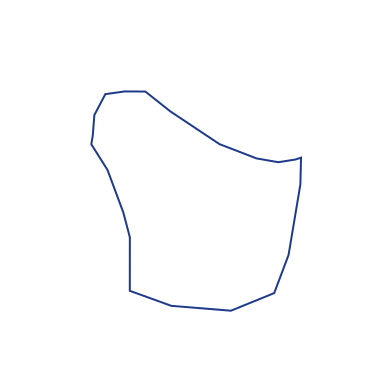 the district of Unjong Dist., P'yŏngan-namdo, North Korea, rotated 144°
{"feature_id": "82179303B85891331606678", "entity_name": "Unjong Dist.", "entity_type": "district", "adm_level": 2, "iso_a3": "PRK", "parent_name": "North Korea", "parent_adm1": "P'yŏngan-namdo", "projection": "orthographic", "projection_center": [125.854, 39.212], "detail": "fine", "context": "isolated", "style": "outline", "palette": "blue", "viewbox_px": 384, "rotation_deg": 144, "n_neighbors": 0, "source": "geoboundaries", "source_scale": "gbopen_adm2", "svg_char_len": 435}
<svg xmlns="http://www.w3.org/2000/svg" viewBox="0 0 384 384"><g transform="rotate(144 192 192)"><path d="M83.6,155.7L89.3,157.5L104.7,165.4L120.1,181.3L141.6,214.5L162.2,270.1L170.7,300.7L187.3,312.9L204.6,322.1L225.8,311.6L239.1,296.0L245.4,289.8L247.4,259.5L259.6,215.8L268.9,191.9L300.4,148.6L275.7,112.1L230.3,73.1L184.9,61.9L150.9,84.3L116.9,117.7L99.9,134.4L83.6,155.7Z" fill="none" stroke="#1e3a8a" stroke-width="2"/></g></svg>